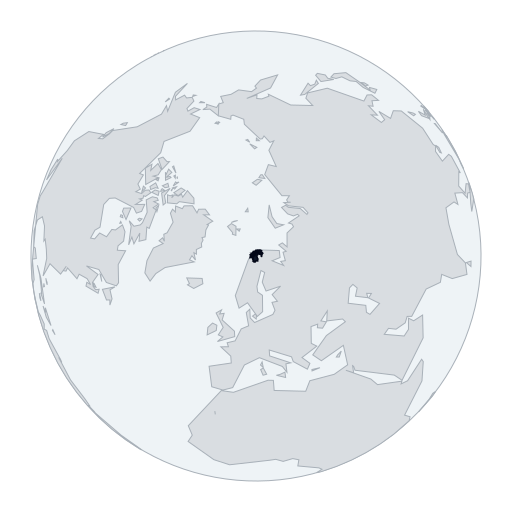 Finnmark on an orthographic globe, rotated 331°
{"feature_id": "NOR-1062", "entity_name": "Finnmark", "entity_type": "County", "adm_level": 1, "iso_a3": "NOR", "parent_name": "Norway", "parent_adm1": "", "projection": "orthographic", "projection_center": [25.614, 69.86], "detail": "fine", "context": "on_globe", "style": "filled", "palette": "ink", "viewbox_px": 512, "rotation_deg": 331, "n_neighbors": 0, "source": "natural_earth", "source_scale": "10m", "svg_char_len": 16164}
<svg xmlns="http://www.w3.org/2000/svg" viewBox="0 0 512 512"><g transform="rotate(331 256 256)"><circle cx="256" cy="256" r="225" fill="#eef3f6" stroke="#a8b0b8"/><path d="M37.2,202.5L39.5,194.9L41.2,189.3L41.7,186.7L49.2,167.0L54.3,157.4L90.0,105.0L96.4,98.8L100.8,96.4L133.9,76.6L109.7,87.9L118.6,81.2L129.6,75.1L128.2,77.1L142.1,72.3L153.0,67.2L170.1,66.1L181.6,75.7L175.2,76.8L178.7,79.2L186.9,78.1L191.5,76.8L214.7,85.4L242.1,86.1L250.6,81.1L248.9,86.6L264.9,73.7L279.7,71.8L263.0,77.3L261.4,80.5L271.5,80.7L271.9,84.1L277.1,86.3L276.8,90.4L267.1,93.5L266.7,96.3L273.8,96.3L278.0,100.7L267.6,100.1L273.8,107.7L258.8,114.9L231.1,111.2L222.7,119.5L194.2,127.4L196.8,130.5L187.6,135.8L187.2,141.4L182.0,141.5L186.2,145.9L191.0,144.8L194.4,146.4L194.6,149.7L188.1,150.3L187.0,148.8L185.2,150.7L181.8,149.6L183.6,152.0L175.6,152.5L183.7,156.9L177.6,161.5L172.2,160.5L172.5,154.2L161.0,137.0L155.7,134.5L147.8,137.1L133.5,155.2L127.7,155.3L120.0,160.1L123.2,162.8L130.4,160.1L134.6,166.7L142.8,162.9L145.7,165.1L154.3,164.0L153.2,171.2L147.4,178.8L140.3,180.2L137.5,183.7L144.5,188.2L131.3,196.7L122.8,212.8L119.4,214.4L112.3,206.6L112.0,191.6L102.9,182.5L108.9,195.6L100.2,199.8L98.8,203.6L99.4,207.7L102.7,209.0L99.8,212.0L92.7,199.9L95.3,197.0L97.5,200.8L97.3,193.9L92.5,186.2L88.4,189.1L85.4,175.1L82.5,177.1L80.2,175.3L85.1,173.0L76.3,177.1L72.1,162.9L60.1,170.2L71.8,156.6L75.9,148.4L79.8,139.1L77.7,140.1L85.6,127.2L88.2,118.1L82.3,118.5L74.2,126.3L66.1,140.0L66.8,142.0L62.6,151.7L58.9,150.3L50.5,169.1L47.5,172.0L44.2,179.9L41.6,188.4L38.5,199.3L38.6,203.2L37.8,212.8L35.3,217.2L36.8,219.6L35.0,228.0L34.9,250.7L34.2,249.9L33.7,274.4L37.1,298.0L37.9,306.3L37.1,305.7L39.2,313.8L39.3,315.3L51.1,347.2L60.1,365.9L61.9,370.2L60.9,368.7L52.9,353.5L46.0,337.7L40.4,321.4L36.1,304.8L33.0,287.9L31.2,270.7L30.7,253.5L31.6,236.4L33.7,219.3L37.2,202.5ZM261.4,30.8L260.8,30.8L261.4,30.8ZM264.2,30.9L263.5,30.9L264.5,30.9L264.2,30.9ZM266.5,31.0L264.8,30.9L266.8,31.0L266.5,31.0ZM269.7,31.2L268.0,31.1L269.7,31.2ZM57.1,171.2L47.8,195.4L49.9,183.7L50.0,185.4L53.1,178.8L57.6,167.7L60.3,158.1L57.1,171.2ZM274.5,31.6L275.7,31.7L274.1,31.6L274.5,31.6ZM60.0,177.3L61.4,173.5L60.5,177.0L60.0,177.3ZM193.5,75.7L187.0,77.7L179.4,77.6L184.7,75.5L193.5,75.7ZM208.1,77.0L205.2,78.7L201.6,75.5L204.3,75.5L208.1,77.0ZM256.6,76.8L251.3,77.2L256.3,75.7L256.6,76.8ZM277.9,85.8L279.2,84.7L281.3,86.3L277.9,85.8ZM154.4,160.2L154.3,162.0L152.7,161.3L154.4,160.2ZM158.1,158.0L156.3,155.8L157.9,154.4L158.9,155.8L158.1,158.0ZM282.7,94.1L285.7,97.2L281.0,94.6L282.7,94.1ZM160.0,161.1L160.8,152.3L163.5,150.0L169.9,153.4L160.0,161.1ZM286.3,99.4L293.5,107.0L297.2,105.0L291.0,115.1L286.9,105.2L280.5,102.2L285.2,101.9L286.3,99.4ZM192.4,143.0L187.3,144.4L191.4,140.3L192.4,143.0ZM194.2,140.0L201.8,125.5L209.5,125.3L205.4,130.1L215.1,127.6L215.1,134.6L209.8,137.6L204.8,136.3L208.6,140.0L194.2,140.0ZM286.4,119.6L286.7,122.0L284.5,120.1L286.4,119.6ZM196.1,146.8L197.0,143.8L203.7,143.4L203.2,149.3L201.2,147.5L196.1,146.8ZM217.7,123.6L222.6,124.4L223.9,130.3L226.0,131.5L215.8,134.8L217.7,123.6ZM199.7,149.3L202.7,152.4L199.8,155.6L195.7,149.7L199.7,149.3ZM205.6,140.8L208.8,140.9L206.8,142.8L205.6,140.8ZM190.9,169.1L191.8,165.3L195.3,164.7L190.9,169.1ZM204.0,153.3L205.1,152.2L206.6,151.6L207.9,154.3L204.0,153.3ZM217.4,138.8L217.0,141.1L221.7,137.7L222.9,142.1L215.8,143.6L219.4,144.8L219.7,146.2L213.6,145.9L217.4,138.8ZM213.7,155.2L205.2,158.8L202.8,165.8L199.5,166.4L204.0,155.1L213.7,155.2ZM214.2,149.7L213.2,153.3L209.6,152.2L208.2,149.2L214.2,149.7ZM226.2,144.7L226.2,137.5L227.7,137.4L226.2,144.7ZM213.7,157.4L215.8,156.5L213.9,158.0L213.7,157.4ZM223.1,148.8L222.9,146.2L224.7,146.2L223.1,148.8ZM220.1,156.9L217.3,158.0L216.2,156.0L220.1,156.9ZM222.0,153.3L224.5,154.0L217.5,154.6L221.6,152.2L222.0,153.3ZM224.8,149.2L225.8,148.4L224.7,150.3L224.8,149.2ZM225.8,164.2L217.2,165.5L214.8,160.8L223.5,160.2L225.8,164.2ZM208.3,476.2L203.9,474.9L210.3,474.5L208.3,471.8L190.8,459.9L194.7,455.0L189.9,451.0L180.2,448.8L174.7,443.4L168.8,441.2L131.7,425.8L120.4,413.7L106.7,385.3L113.4,381.8L114.5,371.6L160.4,356.9L170.2,364.3L206.3,370.5L210.9,373.2L206.7,382.4L233.9,398.4L242.6,391.2L267.1,397.4L283.4,395.6L289.1,376.5L262.4,379.3L257.7,370.0L279.0,359.7L302.3,356.8L301.2,353.1L286.4,347.1L291.7,338.6L281.3,344.2L285.6,347.7L279.2,351.4L274.9,348.5L276.9,345.5L269.9,344.4L262.0,359.2L265.5,364.3L247.0,367.1L251.1,376.0L246.1,379.9L237.4,366.4L238.2,361.4L222.0,344.6L219.5,350.0L234.6,366.3L229.9,364.8L226.7,372.7L225.5,365.4L209.7,346.6L193.0,345.7L171.8,359.8L162.1,357.2L153.9,348.9L161.5,329.7L182.5,337.6L185.4,331.3L181.2,318.4L187.9,322.0L188.7,317.9L196.6,320.1L207.7,312.6L215.7,313.5L220.1,300.7L224.8,299.5L220.9,307.4L222.5,313.5L242.4,315.3L246.3,312.7L247.5,304.3L252.8,306.0L251.4,297.6L262.9,294.3L247.8,291.5L248.8,281.9L255.6,274.6L253.3,271.1L242.1,283.0L240.0,288.3L242.6,293.5L234.8,307.9L227.9,309.5L225.9,292.8L215.9,293.4L218.7,280.6L247.3,255.7L259.2,250.7L279.0,262.5L276.3,269.0L267.8,268.0L275.6,277.7L275.0,272.7L279.4,274.3L281.5,265.8L284.7,266.5L281.2,257.4L285.4,257.3L287.6,263.1L294.3,250.9L303.0,248.6L303.0,245.5L300.4,242.9L313.2,241.8L312.6,239.7L308.2,239.1L304.1,234.5L301.9,225.9L306.5,226.0L307.9,229.1L317.7,235.9L320.7,244.3L322.4,243.5L320.8,236.3L308.8,227.9L306.2,222.8L312.4,225.8L309.9,224.3L310.0,221.8L314.4,219.5L307.9,215.8L303.1,189.0L311.1,182.1L317.1,187.6L318.5,169.8L327.4,163.9L323.3,163.4L321.2,154.9L318.4,156.5L316.3,155.7L309.7,135.1L311.6,130.5L304.2,121.6L302.0,121.4L300.2,124.2L291.0,115.1L297.2,105.0L301.7,106.0L302.5,99.3L312.6,102.5L321.3,102.3L331.8,110.1L337.8,109.4L337.4,106.9L345.3,104.3L362.7,108.1L350.2,116.1L324.3,113.7L335.0,115.5L333.0,118.6L337.2,121.4L344.7,122.5L345.2,120.5L359.6,140.8L378.6,151.9L376.1,142.2L380.2,138.4L399.7,143.8L425.5,172.8L431.2,169.0L435.3,171.1L438.6,179.3L432.7,176.4L431.0,181.8L427.2,179.1L430.5,191.7L425.2,188.4L430.4,200.0L434.6,199.2L433.6,189.1L440.4,200.9L446.5,195.5L453.4,199.6L463.7,225.0L465.0,244.3L466.4,246.9L463.7,251.6L465.0,263.4L473.8,260.5L475.2,263.5L475.0,282.4L474.2,280.7L467.2,293.1L469.3,302.5L474.8,294.6L476.8,296.0L474.1,304.2L471.7,303.5L469.1,307.7L467.3,300.7L460.4,297.4L457.6,308.8L455.4,304.7L445.5,305.9L440.0,321.9L432.9,352.3L435.8,363.6L431.6,374.4L416.7,370.9L409.5,362.1L404.5,368.4L388.8,367.4L362.9,384.3L358.9,382.1L354.1,386.8L343.0,387.9L336.8,383.5L330.2,386.7L346.8,397.8L353.8,394.1L359.2,384.3L362.5,389.1L373.1,388.4L362.5,408.6L323.5,435.5L319.2,427.2L287.2,403.9L287.9,399.9L287.7,399.5L287.3,398.7L284.8,405.4L279.2,399.5L296.8,419.3L299.9,427.4L322.9,436.2L320.9,438.2L328.1,438.6L350.8,426.6L351.1,429.4L340.6,445.7L308.8,467.2L312.8,471.3L310.1,474.3L289.8,478.7L273.5,480.6L257.1,481.3L240.7,480.8L224.4,479.1L208.3,476.2ZM144.8,371.7L143.6,374.8L144.8,371.7ZM327.4,362.3L341.1,357.4L334.1,347.3L338.8,344.7L334.7,342.3L333.6,346.7L323.5,339.4L329.0,333.0L327.0,327.8L322.3,329.2L313.7,342.0L328.1,352.4L325.3,358.8L327.4,362.3ZM34.9,251.3L34.6,254.9L34.4,251.3L34.9,251.3ZM48.5,183.5L47.3,188.0L46.1,191.0L46.7,187.7L48.5,183.5ZM42.6,221.9L42.1,227.5L41.9,222.3L42.6,221.9ZM46.7,199.1L43.0,217.5L42.9,207.9L45.5,196.5L44.6,203.5L46.7,199.1ZM57.2,177.1L56.1,180.2L55.3,180.0L57.2,177.1ZM59.4,180.0L59.6,178.9L60.8,177.1L59.4,180.0ZM100.6,200.5L101.1,201.5L100.9,205.8L99.5,204.1L100.6,200.5ZM109.3,223.7L104.4,228.1L106.9,223.6L103.9,222.0L105.5,210.7L117.7,214.6L111.9,214.8L109.3,223.7ZM111.1,197.1L108.7,203.6L110.8,196.4L111.1,197.1ZM185.5,293.6L188.2,297.6L185.1,301.9L175.0,301.3L179.3,295.1L185.5,293.6ZM192.7,302.5L193.5,286.5L199.8,286.4L196.1,289.1L200.3,290.7L195.4,295.5L200.7,311.3L198.3,316.2L180.8,312.1L187.8,310.7L184.8,306.7L192.7,302.5ZM184.4,247.9L184.8,241.6L198.0,249.5L196.1,254.5L185.8,254.2L182.1,248.0L184.4,247.9ZM171.1,169.1L170.4,166.6L172.3,166.4L174.3,168.3L171.1,169.1ZM191.0,167.3L176.0,180.1L174.5,177.8L167.6,188.3L160.8,186.4L165.5,179.6L155.1,186.2L156.6,179.3L150.0,184.5L161.2,169.5L162.2,163.7L163.7,170.8L169.9,172.7L172.9,171.8L182.0,165.0L187.2,153.7L194.1,154.0L197.7,157.2L197.5,159.9L193.0,158.9L196.0,163.3L189.4,163.9L191.0,167.3ZM235.3,197.5L230.2,194.6L235.1,204.6L228.5,204.8L229.5,205.9L224.8,208.9L220.7,214.6L217.7,213.7L217.4,216.4L214.3,218.5L212.9,221.8L207.0,221.4L204.8,225.5L203.3,223.0L201.1,230.2L200.1,224.7L196.0,227.1L199.1,231.2L170.9,222.0L159.9,222.8L151.2,226.6L150.6,216.9L158.4,207.2L170.1,199.3L180.8,200.1L178.6,195.7L183.1,194.8L183.0,198.7L185.9,192.3L189.5,192.6L199.9,186.2L201.9,177.1L205.7,174.6L206.8,178.4L209.9,173.3L214.5,178.9L217.4,177.3L224.9,181.3L225.3,189.7L228.5,187.3L234.3,190.4L235.3,197.5ZM227.7,165.6L229.7,175.3L227.1,180.3L215.3,171.3L212.0,171.9L204.3,166.6L208.3,159.6L210.1,161.7L212.8,162.2L210.5,164.2L214.4,163.0L217.0,165.9L220.8,165.8L220.4,169.0L227.7,165.6ZM216.0,370.2L219.5,371.2L225.0,371.6L223.0,376.6L216.0,370.2ZM205.0,357.6L208.1,357.5L208.0,364.6L204.4,363.7L205.0,357.6ZM210.0,351.6L208.3,357.0L207.1,353.5L210.0,351.6ZM223.8,306.9L227.2,306.4L227.5,308.4L225.6,311.2L223.8,306.9ZM248.4,228.2L245.9,225.5L246.9,224.3L245.4,216.4L250.2,215.7L252.9,220.3L248.4,228.2ZM284.5,380.5L279.8,384.7L277.3,383.3L279.4,382.1L284.5,380.5ZM249.9,382.4L257.8,384.7L249.3,383.7L249.9,382.4ZM253.3,226.2L252.2,223.0L255.3,224.7L253.3,226.2ZM253.6,214.9L257.2,216.1L250.6,214.7L253.6,214.9ZM322.6,471.2L325.8,469.9L338.0,465.2L344.1,461.8L347.4,461.5L342.0,464.2L322.6,471.2ZM475.7,305.7L474.1,311.7L466.3,321.7L469.2,314.4L476.5,299.0L476.2,301.6L477.9,295.0L477.7,295.7L475.7,305.7ZM480.0,279.9L479.8,280.0L479.9,275.2L480.5,269.9L479.6,241.1L479.8,235.6L480.8,245.4L480.9,242.6L481.2,261.3L480.0,279.9ZM436.8,363.7L441.6,364.7L438.9,369.4L436.8,363.7ZM476.9,227.0L478.8,239.0L476.3,226.6L476.9,227.0ZM474.1,218.0L475.1,219.3L474.3,221.0L474.1,218.0ZM468.5,249.6L468.1,255.7L467.0,254.5L466.8,246.1L468.5,249.6ZM458.6,203.3L462.7,207.1L464.1,209.4L461.9,209.8L458.6,203.3ZM292.3,217.7L289.1,229.4L289.9,237.7L295.3,242.1L286.3,241.0L285.0,228.2L292.3,217.7ZM301.3,192.5L296.5,188.9L299.4,187.3L300.9,187.9L301.3,192.5ZM297.8,192.6L290.4,194.2L288.3,190.2L294.5,189.6L297.8,192.6ZM271.9,210.2L270.6,213.6L268.1,212.1L271.9,210.2ZM477.0,212.7L477.0,216.3L478.2,223.2L474.8,207.4L475.5,206.5L477.0,212.7ZM475.3,211.9L476.5,218.4L474.6,210.4L475.3,211.9ZM476.2,218.8L475.1,217.4L474.8,213.4L476.2,218.8ZM474.9,209.1L472.8,204.7L473.6,204.5L474.9,209.1ZM472.3,214.8L473.5,208.8L473.9,219.5L468.8,213.5L468.2,208.2L472.3,214.8ZM436.9,160.9L434.2,160.4L432.3,155.4L434.7,157.1L436.9,160.9ZM423.5,139.2L430.8,153.9L436.3,166.2L437.0,163.6L442.4,168.9L438.9,171.3L431.5,160.6L428.2,151.9L423.2,148.4L417.9,140.9L412.0,139.5L408.2,135.8L412.6,134.4L423.5,139.2ZM409.6,139.3L397.4,134.9L395.8,126.8L398.2,126.0L404.4,131.3L404.9,135.3L409.6,139.3ZM394.0,131.5L394.2,135.3L376.9,138.3L372.9,136.9L385.3,130.1L386.2,133.4L390.7,134.2L394.0,131.5ZM289.0,121.5L286.9,122.0L288.0,120.1L289.0,121.5ZM314.8,156.8L312.1,155.3L313.5,153.1L314.8,156.8ZM305.3,150.0L305.7,153.5L303.4,149.7L305.3,150.0ZM306.7,161.6L304.9,154.9L309.4,161.4L306.7,161.6Z" fill="#d9dde1" stroke="#a8b0b8" stroke-width="1"/><path d="M260.7,259.1L260.5,258.9L260.5,258.5L261.1,257.4L260.8,256.6L259.8,256.1L259.7,255.9L259.1,255.1L258.7,255.1L258.3,255.5L258.0,255.8L257.7,255.7L257.2,255.8L256.8,256.6L256.5,256.7L256.5,256.8L256.5,257.1L256.4,257.3L256.3,257.7L256.4,257.9L256.2,258.2L256.2,258.5L256.2,258.9L256.2,259.1L256.3,259.4L256.0,259.9L255.7,259.8L255.4,260.1L255.3,260.3L255.3,260.8L255.1,260.9L255.0,261.1L254.6,260.7L253.6,260.1L253.4,260.1L253.3,260.5L252.5,260.8L252.4,260.6L251.4,260.4L251.4,260.0L250.9,259.0L251.7,258.8L251.8,258.4L251.5,257.7L251.5,257.4L252.1,257.3L252.3,256.8L251.9,256.5L251.8,256.1L251.8,255.9L251.9,255.7L251.6,255.5L251.3,254.7L251.0,254.9L250.7,254.5L250.2,254.4L250.5,254.2L250.5,254.4L250.6,254.1L251.0,254.7L250.9,254.3L251.2,254.0L251.3,254.1L251.4,254.4L251.4,254.2L251.6,254.2L251.5,254.4L251.6,254.7L251.5,254.8L251.9,254.8L251.6,254.7L251.7,254.3L252.5,254.6L252.3,254.9L251.7,255.0L252.3,255.0L252.5,254.8L252.5,255.2L252.7,255.5L252.9,255.4L252.9,255.6L253.2,255.3L252.9,255.2L252.7,255.0L253.0,254.9L252.9,254.7L253.1,254.6L252.8,254.5L253.2,254.4L252.9,254.4L253.4,254.2L253.2,254.1L253.8,253.4L254.3,253.6L254.0,253.3L254.2,253.0L254.4,252.7L254.8,253.0L254.8,252.8L254.8,252.7L254.2,252.3L254.3,252.1L254.7,252.4L254.7,252.1L254.9,252.0L254.7,251.9L254.8,251.7L254.7,251.6L254.9,251.6L255.0,251.8L255.2,251.7L255.3,251.6L255.3,251.8L255.1,252.0L255.3,252.1L255.4,251.8L255.5,252.1L255.5,252.3L255.7,252.0L255.7,251.7L255.9,251.8L255.8,252.1L256.1,251.9L256.2,252.1L256.4,252.0L256.0,252.4L256.1,252.6L255.3,253.5L255.6,253.4L255.5,253.5L255.3,253.5L255.6,253.7L255.5,253.9L255.3,254.0L255.5,254.2L255.2,254.5L255.1,254.8L255.1,255.0L255.2,254.9L255.3,254.8L255.3,255.0L255.5,255.1L255.9,254.3L255.8,254.1L256.5,253.1L256.6,252.6L257.3,251.7L257.4,251.8L257.4,252.1L257.5,252.2L257.4,252.5L256.9,252.9L257.4,252.9L257.2,253.4L257.3,253.6L257.2,253.7L257.2,254.0L257.4,253.9L257.5,253.8L257.6,253.5L258.0,253.6L257.8,253.4L257.8,253.2L258.2,253.1L257.9,252.9L258.0,252.7L257.9,252.7L258.2,252.5L258.2,252.4L258.2,252.2L258.6,252.2L258.4,252.2L258.5,252.1L258.3,252.0L258.3,251.8L258.0,251.9L257.9,251.8L258.0,251.7L258.1,251.4L258.4,251.5L258.5,251.7L258.5,251.4L258.4,251.2L258.6,251.0L258.9,251.3L259.1,251.2L259.2,251.3L259.3,251.1L259.3,251.5L259.8,251.5L259.7,251.9L259.6,252.0L259.4,252.1L259.5,252.2L259.4,252.2L258.8,252.3L258.8,252.5L259.0,252.4L259.3,252.5L258.7,253.0L259.5,252.6L259.4,253.0L258.9,253.5L259.0,253.7L259.4,253.4L259.2,253.6L259.3,253.5L259.6,253.3L259.4,253.9L259.4,254.8L259.2,255.1L259.4,254.9L259.5,254.7L259.4,254.3L259.5,253.8L259.6,253.4L259.8,253.6L259.9,253.3L259.6,253.2L259.8,252.7L259.8,252.4L260.1,251.9L260.5,251.9L260.4,251.9L260.6,251.9L260.9,252.2L260.8,252.4L260.8,252.5L261.3,252.3L261.4,252.6L261.3,252.8L261.8,252.4L262.0,252.5L261.8,252.7L262.2,252.9L261.9,253.1L262.0,253.1L261.7,253.1L262.0,253.2L262.4,253.0L262.8,253.5L263.0,253.4L263.2,253.7L263.1,253.9L263.2,254.0L262.5,254.2L262.3,254.5L262.0,254.9L260.8,254.8L260.1,254.6L260.0,254.9L260.3,254.9L260.2,255.0L261.5,255.4L261.1,255.8L261.3,255.6L261.6,255.6L261.6,255.9L261.3,256.4L261.3,256.6L261.5,256.3L262.0,256.1L261.9,256.4L261.9,256.5L262.1,256.3L262.1,256.2L262.1,255.7L262.3,255.7L262.3,255.8L262.5,255.9L262.5,256.4L262.4,256.5L262.6,256.5L262.6,255.9L262.9,255.9L262.9,256.1L263.1,255.9L263.2,256.4L263.3,256.9L263.1,257.0L262.7,257.0L262.3,256.6L262.2,256.7L262.3,256.8L262.2,257.4L262.0,257.7L261.2,258.0L261.1,258.8L260.7,259.1ZM252.0,253.4L251.7,253.4L251.6,253.2L251.5,253.5L251.6,253.1L251.7,252.9L251.3,253.0L251.4,252.8L251.2,252.8L251.6,252.8L251.6,252.7L251.8,252.9L251.8,252.5L252.0,252.5L252.1,252.8L252.2,253.0L252.3,252.8L252.3,252.4L252.5,252.5L252.6,252.8L252.6,252.5L252.8,252.5L252.7,252.3L252.8,252.2L252.7,252.2L253.0,252.3L253.0,252.0L253.2,252.3L253.0,252.7L252.8,252.7L252.8,252.8L252.7,252.9L252.7,253.0L252.4,253.1L252.5,253.2L252.3,253.3L252.1,253.1L252.0,253.4ZM253.4,253.4L253.3,253.8L252.8,254.3L252.6,254.2L252.7,253.8L252.6,254.0L252.4,253.8L252.5,253.8L252.5,253.7L252.4,253.6L252.6,253.4L252.9,253.4L252.8,253.2L252.9,253.3L252.9,253.5L253.0,253.2L253.3,253.3L253.1,253.0L253.3,253.0L253.3,253.3L253.4,253.4ZM256.4,251.5L256.8,251.4L256.6,251.6L256.2,251.6L255.9,251.8L255.7,251.6L255.9,251.5L255.6,251.4L255.6,251.2L255.8,251.2L256.1,251.3L255.9,251.0L256.1,250.9L256.2,251.1L256.5,251.1L256.5,251.3L256.4,251.3L256.4,251.5L256.4,251.5ZM253.9,252.6L254.1,253.0L253.6,253.4L253.4,253.1L253.5,252.8L253.4,252.7L253.5,252.5L253.9,252.6ZM252.4,254.2L252.6,254.4L251.8,254.2L251.7,254.0L251.8,253.9L251.9,254.1L251.9,253.8L252.1,253.8L252.2,254.0L252.2,253.8L252.3,254.1L252.5,254.1L252.4,254.2ZM262.0,255.9L261.6,256.2L261.7,255.9L261.7,255.6L261.9,255.7L262.0,255.9ZM254.0,251.6L254.0,251.8L253.8,251.7L254.0,251.6L253.8,251.5L253.9,251.4L254.2,251.5L254.0,251.6ZM250.9,253.8L250.9,254.0L250.8,254.3L250.8,253.9L250.9,253.8ZM255.0,251.1L254.9,251.4L254.7,251.3L254.9,251.2L255.0,251.1Z" fill="#0f172a" stroke="#020617" stroke-width="1.5"/></g></svg>